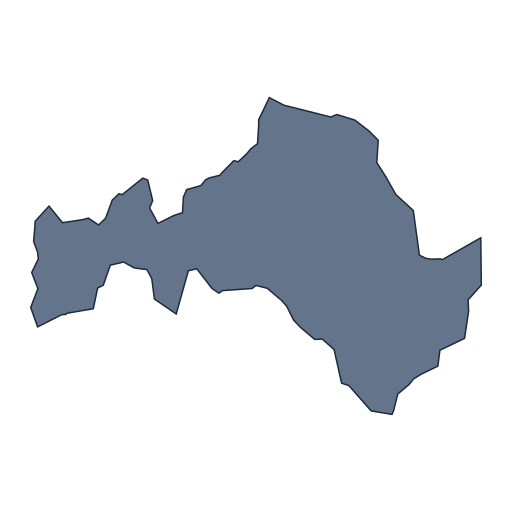 Uyo, Akwa Ibom, Nigeria
{"feature_id": "59680162B78634023582239", "entity_name": "Uyo", "entity_type": "district", "adm_level": 2, "iso_a3": "NGA", "parent_name": "Nigeria", "parent_adm1": "Akwa Ibom", "projection": "natural_earth1", "projection_center": [7.919, 5.014], "detail": "fine", "context": "isolated", "style": "filled", "palette": "slate", "viewbox_px": 512, "rotation_deg": 0, "n_neighbors": 0, "source": "geoboundaries", "source_scale": "gbopen_adm2", "svg_char_len": 1429}
<svg xmlns="http://www.w3.org/2000/svg" viewBox="0 0 512 512"><path d="M37.6,326.9L61.7,314.7L63.3,314.6L65.8,314.4L66.3,313.8L66.8,313.3L93.3,308.7L97.6,288.1L103.3,285.2L110.3,265.2L123.5,262.0L134.1,267.9L142.5,269.1L146.9,269.5L151.8,278.8L154.4,299.0L176.2,314.0L188.4,270.7L196.8,268.8L212.0,288.5L218.9,293.2L222.5,290.6L252.2,288.5L255.9,285.4L267.3,288.3L275.1,295.0L281.2,300.1L286.6,306.1L293.6,320.1L300.5,327.4L314.7,339.4L322.3,339.1L334.1,349.6L341.6,383.2L348.9,385.6L371.1,410.9L375.2,411.6L392.0,414.4L393.5,411.0L397.8,394.0L409.3,384.3L413.5,379.0L421.3,374.1L437.9,366.1L439.9,350.2L464.5,338.4L464.7,337.3L468.6,311.2L468.1,299.8L481.3,285.1L480.8,237.8L442.2,259.7L440.5,258.9L430.6,259.1L425.5,258.2L419.4,255.1L413.3,210.5L395.8,194.5L385.8,176.7L376.8,162.6L378.2,140.2L369.0,131.0L354.9,120.1L336.8,114.5L330.7,117.0L283.9,105.2L269.3,97.6L258.6,119.9L258.7,124.9L257.5,143.7L250.8,148.8L246.6,153.9L238.3,161.7L233.8,160.7L233.2,161.3L221.5,173.2L219.8,175.3L209.2,177.9L205.6,179.8L200.8,185.6L188.4,189.1L186.7,189.5L183.3,197.3L183.4,197.6L183.3,199.0L182.5,212.7L174.2,215.3L158.0,223.4L149.6,208.0L152.7,200.6L147.7,180.0L142.8,178.1L122.2,194.6L119.0,193.7L112.2,200.2L105.6,218.2L98.6,225.0L88.4,218.1L82.9,219.6L62.5,222.7L49.0,206.1L35.1,221.3L34.9,226.4L33.6,241.4L37.6,252.3L38.3,258.9L31.7,272.5L37.9,288.6L30.7,307.5L37.6,326.9Z" fill="#64748b" stroke="#1e293b" stroke-width="1.5"/></svg>